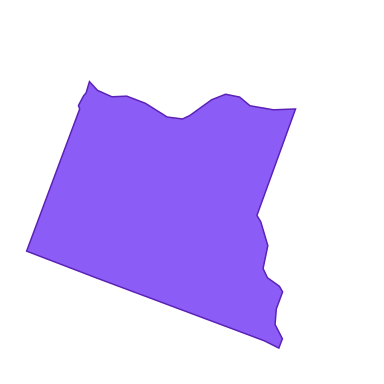 Clay, Florida, United States of America, rotated 291°
{"feature_id": "52423323B4514438281509", "entity_name": "Clay", "entity_type": "district", "adm_level": 2, "iso_a3": "USA", "parent_name": "United States of America", "parent_adm1": "Florida", "projection": "robinson", "projection_center": [-81.803, 29.956], "detail": "fine", "context": "isolated", "style": "filled", "palette": "violet", "viewbox_px": 384, "rotation_deg": 291, "n_neighbors": 0, "source": "geoboundaries", "source_scale": "gbopen_adm2", "svg_char_len": 583}
<svg xmlns="http://www.w3.org/2000/svg" viewBox="0 0 384 384"><g transform="rotate(291 192 192)"><path d="M77.5,84.0L77.5,134.4L79.0,312.6L77.4,329.0L87.4,329.0L98.1,317.0L113.2,312.6L131.2,312.4L135.3,307.4L139.0,293.1L146.0,285.8L169.1,282.0L188.8,266.9L193.4,261.0L306.6,258.9L305.5,256.3L297.9,238.5L293.3,215.3L297.7,202.4L295.3,188.3L285.2,177.3L262.6,162.5L256.8,157.0L253.1,141.9L258.1,116.7L258.1,96.7L252.2,83.1L253.0,67.4L258.3,56.7L246.7,57.6L242.8,56.3L232.0,55.0L229.3,57.4L181.1,57.8L77.5,58.8L77.5,84.0Z" fill="#8b5cf6" stroke="#5b21b6" stroke-width="1.5"/></g></svg>